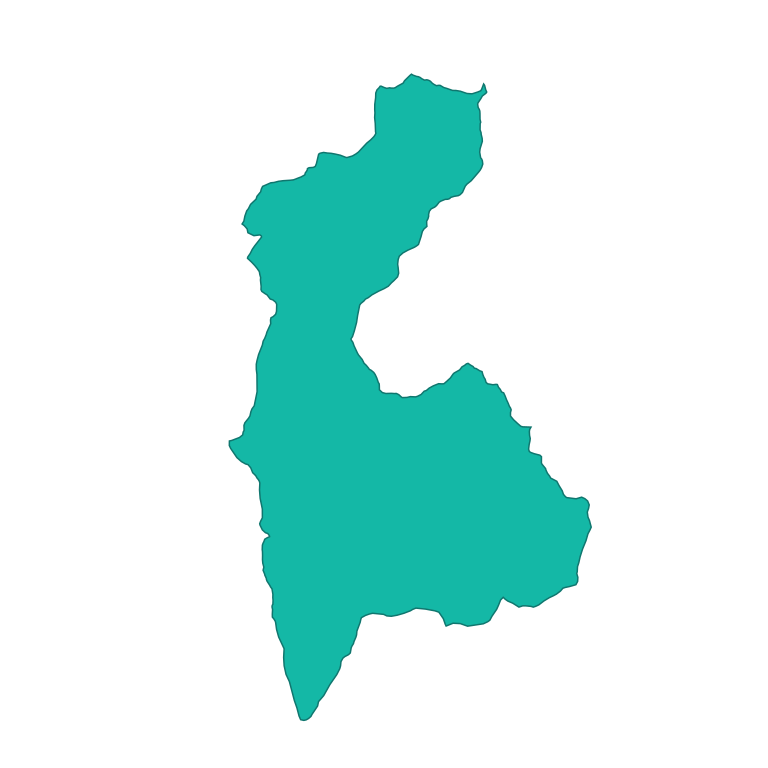 Dangchhu, Wangdi Phodrang, Bhutan (Natural Earth projection), rotated 155°
{"feature_id": "84629894B29332894979808", "entity_name": "Dangchhu", "entity_type": "district", "adm_level": 2, "iso_a3": "BTN", "parent_name": "Bhutan", "parent_adm1": "Wangdi Phodrang", "projection": "natural_earth1", "projection_center": [90.174, 27.6], "detail": "fine", "context": "isolated", "style": "filled", "palette": "teal", "viewbox_px": 768, "rotation_deg": 155, "n_neighbors": 0, "source": "geoboundaries", "source_scale": "gbopen_adm2", "svg_char_len": 6171}
<svg xmlns="http://www.w3.org/2000/svg" viewBox="0 0 768 768"><g transform="rotate(155 384 384)"><path d="M261.7,655.5L263.0,654.7L266.1,653.5L268.5,651.2L270.6,647.0L274.2,641.3L276.5,636.5L277.6,633.6L279.9,629.4L281.8,623.9L285.1,616.1L285.4,614.7L286.6,613.7L288.5,612.5L293.1,610.8L297.8,609.6L309.2,605.0L312.1,604.4L316.2,604.0L321.4,604.8L322.5,605.2L326.9,609.8L330.9,612.9L334.4,615.4L337.8,617.3L340.9,619.4L344.5,620.2L346.1,619.9L352.2,612.2L354.4,610.2L356.6,610.2L360.5,611.7L362.3,611.6L363.1,610.4L364.4,609.5L366.2,608.5L367.4,607.0L371.5,606.7L379.8,607.3L382.9,608.3L389.3,610.8L394.0,612.3L398.4,613.1L401.6,614.2L410.5,614.4L412.8,612.5L414.6,610.3L419.8,607.8L421.8,605.6L429.0,603.2L432.8,600.2L435.3,598.9L439.1,595.0L442.2,590.8L445.0,589.0L443.7,586.6L442.5,582.4L443.4,578.6L439.2,573.4L433.5,571.6L432.6,570.0L432.9,568.9L442.9,563.8L446.5,561.7L450.0,558.9L453.9,556.6L454.6,555.6L452.6,550.7L451.2,546.5L450.2,542.7L449.5,538.5L450.3,535.6L450.8,532.6L452.0,530.5L454.1,524.4L455.6,521.5L455.6,519.6L453.6,516.1L452.3,514.2L451.2,509.1L449.2,507.2L447.6,503.9L447.6,501.5L450.7,495.3L452.7,493.0L456.0,491.9L458.4,491.8L459.8,490.0L461.2,486.5L468.2,480.5L470.0,478.4L472.9,475.7L475.4,473.9L477.8,470.7L485.2,463.7L489.2,458.9L491.4,455.9L493.6,451.1L495.1,446.4L502.3,430.6L510.8,419.1L514.2,417.2L516.3,415.2L518.9,411.8L521.1,410.3L526.4,407.7L528.4,405.7L530.4,401.1L531.9,400.0L533.6,397.6L537.6,396.6L545.9,397.2L548.2,397.7L550.2,393.6L550.2,390.4L548.4,379.4L546.0,373.9L543.3,370.1L541.3,368.4L540.2,364.3L540.5,359.1L539.0,355.1L538.8,352.4L538.3,350.6L538.1,348.5L538.4,346.7L541.6,340.6L544.6,332.6L547.1,322.1L550.8,314.1L553.9,311.7L555.7,309.9L556.0,308.5L555.9,303.2L554.3,299.3L552.5,297.6L552.0,295.0L552.2,294.0L555.1,294.0L557.7,293.7L559.5,291.9L560.8,290.9L562.3,289.4L564.4,285.3L565.0,283.4L566.4,280.2L568.4,276.1L569.6,272.8L570.3,268.8L572.3,266.3L572.5,262.3L572.8,261.0L572.8,257.7L573.2,256.4L573.3,254.6L572.6,249.6L572.6,248.2L572.1,245.7L573.6,240.3L575.0,237.5L576.0,234.8L577.8,231.3L578.8,230.7L579.7,229.3L580.3,226.7L582.5,222.6L583.7,219.9L583.1,217.6L582.8,215.1L583.0,213.7L585.1,206.9L586.4,199.2L586.4,186.3L590.5,178.6L593.6,170.8L595.5,162.2L595.5,154.3L599.0,135.0L599.8,127.2L601.3,119.0L601.4,115.0L598.8,113.0L596.4,112.5L593.8,112.7L590.7,113.6L588.9,115.0L580.3,120.2L577.6,123.8L570.3,127.1L560.0,134.5L549.6,140.6L544.5,144.6L542.5,146.9L540.3,150.6L537.1,152.9L534.8,153.5L530.5,153.7L528.2,154.5L525.2,158.8L523.7,160.1L521.4,161.6L520.1,163.2L516.6,166.3L514.9,168.2L513.0,171.5L506.3,178.1L504.5,180.5L503.2,181.8L498.5,182.1L494.4,181.7L491.2,181.0L481.7,175.4L479.4,172.6L475.5,170.4L469.8,168.9L462.8,167.8L456.0,167.3L453.1,167.6L449.8,167.4L441.4,162.4L433.7,156.9L430.7,154.0L429.4,146.2L430.0,140.6L430.0,138.4L422.5,138.0L416.1,134.6L410.6,129.2L395.3,124.7L390.5,124.7L387.9,125.2L384.3,127.9L377.1,132.2L373.6,135.2L369.6,139.0L366.1,140.3L365.1,137.7L363.5,134.9L360.0,131.0L356.0,124.8L352.0,124.3L349.4,123.1L344.7,120.3L343.0,118.7L340.3,118.4L337.0,118.4L330.7,119.8L324.4,120.5L320.0,120.5L316.5,120.7L311.5,121.8L308.2,123.3L305.6,123.0L301.3,122.0L294.9,121.0L291.9,123.3L290.0,126.9L289.4,130.8L288.2,132.2L285.8,136.7L283.0,139.7L279.3,144.5L273.8,150.5L267.1,156.7L262.5,162.0L259.1,164.6L256.7,166.7L255.5,173.4L255.4,177.1L253.9,182.0L251.1,184.9L249.1,187.7L248.9,191.9L250.4,195.2L252.7,197.9L258.4,198.8L266.4,203.8L267.2,205.2L268.0,208.2L267.6,211.9L268.3,218.0L268.5,222.8L272.7,228.3L272.8,230.4L273.6,234.0L273.6,237.6L273.3,239.1L274.7,244.5L274.7,245.9L272.0,251.6L272.8,253.6L277.4,257.4L280.1,260.1L280.8,261.5L280.5,263.8L278.1,267.7L275.8,270.7L274.5,272.8L273.8,275.9L272.4,279.4L271.2,281.2L269.0,282.8L276.3,286.5L277.9,287.9L279.6,291.7L281.7,296.9L282.9,301.5L281.4,304.7L279.7,306.8L279.5,308.7L279.8,310.9L279.6,313.9L279.6,318.0L279.3,322.0L279.3,325.4L280.8,327.1L280.9,330.0L281.6,332.7L281.5,335.6L282.5,336.3L285.6,337.3L290.0,340.4L290.8,342.4L290.3,345.6L290.6,347.8L290.4,350.9L289.9,353.8L291.7,355.6L294.0,359.1L295.4,360.1L295.9,362.2L297.6,364.6L299.1,367.2L300.9,367.4L303.2,366.8L306.0,366.6L309.5,364.8L315.8,364.3L317.2,363.8L321.3,361.4L327.1,359.6L329.6,358.9L331.4,359.6L334.4,361.2L340.1,361.5L344.8,361.2L348.4,360.2L350.6,360.5L354.8,358.8L358.9,358.7L360.9,359.0L365.4,361.4L368.8,362.1L373.1,363.9L373.7,364.7L375.1,368.1L376.8,370.2L378.7,371.0L381.2,372.4L386.3,374.6L389.1,376.9L390.6,380.7L389.1,384.1L388.3,386.1L388.5,387.9L388.0,392.4L388.0,396.4L388.4,398.8L389.8,401.8L391.1,403.5L391.3,404.9L392.2,408.5L393.3,411.2L393.4,415.4L394.8,421.0L395.0,423.1L395.0,431.3L394.6,435.0L395.1,437.9L394.7,439.0L392.5,440.3L388.5,444.6L382.9,451.3L379.0,457.2L372.6,465.9L370.8,466.8L367.2,467.7L364.9,468.8L361.8,468.9L357.3,469.9L349.8,470.4L343.6,470.4L338.8,470.8L334.4,472.6L331.4,473.5L326.4,475.4L323.9,478.2L322.0,483.5L321.0,486.8L318.5,490.9L316.1,493.4L311.5,494.8L306.0,495.2L298.4,495.1L296.0,495.4L293.8,495.9L288.0,502.1L284.8,506.0L282.3,507.6L278.5,508.7L277.7,510.9L276.5,513.6L274.4,515.1L272.6,517.2L272.0,518.7L269.9,521.4L267.2,522.8L263.2,522.9L261.0,523.5L257.1,525.5L255.1,525.7L250.6,525.5L248.1,524.5L246.2,524.3L244.6,524.9L241.0,524.4L237.1,523.3L235.0,523.4L231.9,524.5L226.7,529.0L224.3,530.1L219.0,531.4L208.6,536.1L206.3,537.3L204.1,538.9L201.5,541.6L200.5,544.8L200.4,546.5L200.8,548.2L199.3,553.7L197.5,556.6L192.3,562.4L191.2,565.2L190.4,569.2L189.8,570.8L189.5,573.8L186.8,579.3L185.7,580.4L185.1,583.3L182.7,588.6L181.8,590.9L181.6,592.6L181.8,594.8L180.9,597.9L180.1,599.0L175.8,601.6L173.1,603.5L168.8,604.4L167.5,605.2L167.5,607.5L166.6,612.2L166.9,613.8L170.9,609.9L172.4,608.9L175.5,609.0L181.0,609.7L182.0,610.0L186.1,612.3L191.1,617.1L194.6,619.5L197.8,621.1L202.1,625.3L204.5,627.4L206.9,630.9L208.5,631.7L210.4,632.2L212.0,634.3L213.1,636.1L214.0,638.8L215.1,640.3L216.6,641.6L218.9,642.3L220.8,644.8L221.6,646.4L223.0,648.0L224.5,649.0L227.2,651.7L228.2,653.2L230.1,652.7L237.2,650.2L239.5,648.6L246.0,648.2L248.7,647.8L250.3,648.1L252.7,649.3L253.6,650.0L256.6,650.8L258.4,652.5L260.8,655.2L261.7,655.5Z" fill="#14b8a6" stroke="#0f766e" stroke-width="1.5"/></g></svg>